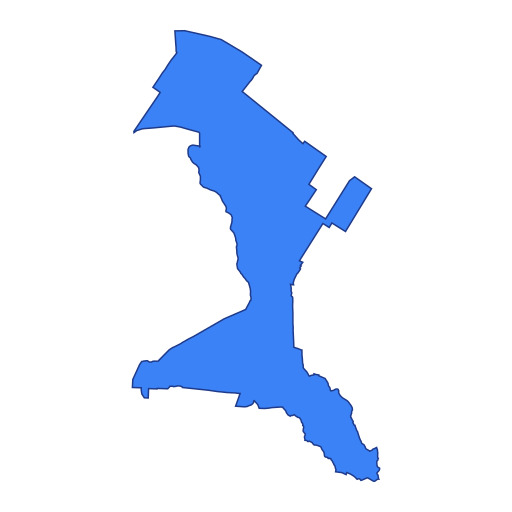 the district of Jijila, Tulcea, Romania
{"feature_id": "2599482B36076163507486", "entity_name": "Jijila", "entity_type": "district", "adm_level": 2, "iso_a3": "ROU", "parent_name": "Romania", "parent_adm1": "Tulcea", "projection": "mercator", "projection_center": [28.171, 45.34], "detail": "fine", "context": "isolated", "style": "filled", "palette": "blue", "viewbox_px": 512, "rotation_deg": 0, "n_neighbors": 0, "source": "geoboundaries", "source_scale": "gbopen_adm2", "svg_char_len": 6081}
<svg xmlns="http://www.w3.org/2000/svg" viewBox="0 0 512 512"><path d="M261.5,65.3L242.3,52.1L221.3,39.6L209.9,36.4L184.6,30.7L174.9,30.9L175.8,44.5L176.0,46.4L176.2,51.7L176.9,52.7L175.3,54.9L171.0,60.3L167.4,65.7L165.2,69.4L162.5,72.8L158.3,79.3L152.9,87.3L160.2,92.4L157.3,96.9L133.9,131.3L134.0,132.6L136.7,130.6L142.0,128.9L144.1,128.6L153.5,127.9L171.4,126.2L174.6,126.0L180.6,127.1L188.2,129.3L198.9,132.2L199.3,132.6L199.6,133.2L199.6,133.9L199.6,144.2L199.7,145.4L200.1,146.7L199.7,146.9L199.2,146.2L198.8,146.0L193.0,145.1L191.8,145.3L190.0,146.1L188.9,147.2L188.2,149.0L188.0,149.8L188.1,153.6L188.7,156.2L189.1,156.8L190.4,158.0L190.6,158.4L190.9,159.5L192.6,162.2L194.2,163.6L196.1,164.7L197.5,166.2L198.5,167.5L198.8,168.2L199.0,170.2L199.0,170.8L198.8,171.6L198.8,172.7L200.4,176.2L200.4,180.1L200.1,182.0L200.1,183.4L200.9,184.6L201.8,185.3L202.7,186.4L203.9,187.3L206.8,188.1L210.5,189.9L214.0,191.0L215.5,191.7L216.9,192.7L218.6,194.3L220.4,195.6L220.2,196.1L220.7,196.8L222.3,200.8L225.5,205.8L225.8,206.1L226.4,208.1L226.3,209.1L225.9,210.7L226.0,211.7L228.7,213.0L231.0,214.7L231.4,215.3L231.5,215.9L232.2,217.2L232.3,217.7L232.1,218.5L232.0,219.7L232.0,221.3L231.8,222.6L230.6,226.7L230.4,228.4L230.7,229.4L233.2,232.1L234.0,233.2L234.8,235.4L235.7,238.4L235.9,240.6L236.7,242.7L237.0,243.9L237.0,244.7L236.9,245.9L236.5,246.3L236.4,247.0L236.7,249.5L236.7,250.3L236.9,251.9L236.8,252.8L237.4,255.7L237.9,257.1L238.1,258.6L238.0,259.5L237.5,261.2L237.3,262.7L236.8,263.8L237.5,268.4L237.7,268.8L240.1,271.8L240.9,273.4L241.9,274.3L243.6,277.0L244.9,278.3L246.6,280.7L248.5,282.4L250.2,288.3L250.6,291.7L250.4,293.9L250.5,295.7L250.8,296.4L251.1,298.4L250.7,300.5L250.3,300.8L249.7,301.2L249.7,301.9L245.9,309.0L245.8,309.4L224.2,318.8L193.1,336.7L188.9,338.8L182.2,342.6L180.8,343.6L174.5,346.8L173.0,347.4L170.4,349.0L169.0,350.0L160.5,358.6L160.3,359.1L159.4,359.5L159.2,359.9L159.3,360.1L158.5,360.9L158.0,361.1L156.5,361.2L154.5,361.1L153.7,361.3L153.0,361.2L151.5,362.0L150.8,362.1L149.0,361.9L147.7,360.9L147.1,360.7L143.5,361.1L142.5,361.5L141.7,361.5L139.6,364.6L132.8,379.5L132.4,387.5L141.3,387.8L141.2,389.8L141.8,393.9L144.3,397.8L148.2,398.0L148.6,388.6L157.1,388.9L157.2,388.4L167.7,388.8L168.7,387.7L169.3,387.2L170.0,386.2L172.8,386.3L173.3,386.6L175.0,386.5L177.7,385.9L180.0,386.0L181.8,386.6L182.3,387.1L182.4,387.5L208.1,390.2L217.8,391.6L222.2,392.0L226.5,392.5L236.1,393.0L237.3,393.3L240.1,393.5L235.6,406.2L243.9,406.8L244.9,406.8L247.2,406.5L249.1,405.6L250.6,405.2L251.7,404.6L252.9,403.5L253.3,402.8L253.6,402.3L253.8,400.9L254.1,400.6L254.5,400.9L255.8,402.4L257.8,404.6L258.8,407.4L259.2,408.3L264.8,408.5L268.9,408.1L271.9,407.6L281.0,407.0L282.9,407.3L283.1,407.9L285.8,410.9L286.3,412.5L288.0,414.9L290.2,416.2L290.8,415.6L292.4,415.5L294.3,414.7L295.3,415.7L297.7,417.3L299.1,417.6L299.6,417.9L300.9,419.8L301.6,422.3L302.3,423.1L302.7,423.8L302.9,424.3L302.7,425.5L303.3,425.9L303.7,426.7L303.7,427.5L303.3,428.9L303.1,431.0L303.5,431.8L305.3,434.1L304.9,435.6L304.4,436.9L304.7,438.6L305.0,439.5L304.9,440.3L305.3,440.4L306.0,440.4L306.8,440.6L308.0,441.6L309.2,441.2L310.0,441.5L312.0,442.5L313.2,444.1L314.2,445.0L316.1,445.1L317.9,445.6L320.2,446.5L321.2,447.3L321.5,448.5L322.0,449.5L323.8,451.9L324.3,454.0L324.5,455.9L324.8,456.5L325.8,457.1L326.7,457.2L327.7,457.5L327.9,458.2L328.5,458.5L329.0,458.5L329.7,458.2L330.2,458.7L330.9,458.8L331.1,459.0L331.1,459.8L332.0,460.6L332.6,461.7L332.9,462.5L333.6,463.5L334.0,464.8L334.9,465.8L335.2,467.4L335.7,469.1L336.0,469.5L335.6,471.8L341.8,472.6L346.1,474.6L346.7,472.5L350.3,474.0L352.7,475.4L354.9,477.0L357.1,479.3L357.5,479.2L358.4,478.7L359.3,478.8L359.8,479.0L360.9,480.4L361.5,480.3L367.3,477.8L368.0,478.0L373.1,481.0L374.0,481.3L374.8,481.2L377.1,479.5L378.2,479.1L378.8,479.1L378.5,478.6L378.1,475.7L377.9,475.0L377.1,473.9L376.9,473.2L376.9,472.9L379.0,470.6L379.6,469.2L379.6,468.2L378.7,467.6L377.7,467.1L377.0,465.5L377.0,465.1L376.8,463.2L376.8,461.6L376.9,461.1L377.8,460.2L377.9,459.4L378.3,458.4L378.1,458.3L377.6,457.3L377.7,456.0L377.6,454.2L377.8,453.6L377.3,449.2L376.7,448.3L376.6,447.5L375.5,448.0L374.8,448.5L373.0,449.1L372.1,450.1L370.2,451.0L369.6,451.2L369.3,450.7L366.3,449.1L365.5,448.0L365.2,447.0L364.1,444.9L362.0,443.5L361.6,443.1L361.0,441.1L360.4,440.2L359.3,437.5L359.1,436.6L358.6,435.5L358.5,434.7L358.2,434.1L358.0,433.1L357.7,432.5L357.5,431.5L356.6,430.4L356.5,429.9L356.2,429.1L356.1,428.7L355.2,426.4L355.0,425.4L354.9,425.2L354.3,425.2L353.9,424.9L353.8,424.2L353.4,423.7L352.9,422.8L353.2,422.1L353.2,421.4L352.2,420.0L352.0,419.2L351.5,418.6L351.4,418.0L350.7,417.2L350.8,416.4L350.6,416.0L350.7,415.5L351.0,415.2L351.4,413.4L351.7,413.0L351.6,412.1L351.8,411.1L352.0,410.5L352.4,410.2L352.4,409.4L352.3,408.2L352.0,407.3L351.1,405.6L348.2,401.7L347.0,400.6L342.3,397.7L340.5,395.9L339.6,394.6L338.8,393.1L338.7,392.4L338.7,390.9L338.6,390.5L338.2,389.6L337.9,389.2L336.8,389.0L335.4,389.2L333.9,390.2L331.6,390.8L331.0,390.9L330.6,390.6L330.4,390.2L330.0,388.3L329.8,387.6L328.5,385.8L328.3,384.8L328.1,383.6L327.7,382.6L325.1,378.5L318.9,375.8L318.9,375.0L317.6,374.7L316.3,374.6L314.0,373.8L314.0,374.8L310.8,375.5L309.5,376.1L308.8,375.6L307.9,373.7L306.8,371.9L304.1,368.9L303.4,368.0L303.3,367.7L303.1,364.6L302.6,363.2L302.4,359.2L302.0,355.4L301.9,350.0L301.4,350.0L297.5,348.4L295.7,347.9L293.7,347.1L293.8,345.2L293.1,329.6L293.2,327.8L292.9,323.4L292.9,313.3L292.6,305.9L292.8,301.1L292.7,297.6L292.3,296.7L291.4,296.1L291.2,295.5L291.8,292.7L291.1,291.3L291.2,287.9L290.5,284.3L292.2,284.7L293.6,284.8L293.2,283.0L294.2,279.4L296.9,273.8L297.7,273.2L299.7,270.3L300.5,268.8L299.7,267.9L301.2,266.0L300.4,265.5L302.8,262.3L299.4,260.8L322.9,223.5L329.2,227.5L331.9,223.0L345.5,231.5L371.5,188.7L354.6,176.8L349.5,180.7L325.6,218.9L305.3,206.2L316.3,189.7L308.9,184.3L318.3,169.0L326.2,156.5L304.7,141.3L302.9,143.7L298.8,140.0L292.9,133.5L293.2,133.0L292.9,132.6L242.2,91.5L250.2,81.3L251.1,80.5L252.6,78.4L253.9,75.9L255.6,74.3L256.9,73.6L261.5,65.3Z" fill="#3b82f6" stroke="#1e3a8a" stroke-width="1.5"/></svg>